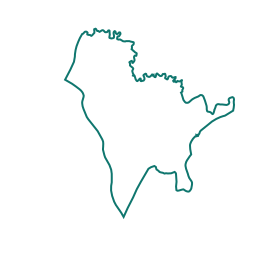 outline of Xebangfay, Khammouan, Laos, rotated 208°
{"feature_id": "54806243B47827681100424", "entity_name": "Xebangfay", "entity_type": "district", "adm_level": 2, "iso_a3": "LAO", "parent_name": "Laos", "parent_adm1": "Khammouan", "projection": "equal_earth", "projection_center": [105.132, 17.21], "detail": "fine", "context": "isolated", "style": "outline", "palette": "teal", "viewbox_px": 256, "rotation_deg": 208, "n_neighbors": 0, "source": "geoboundaries", "source_scale": "gbopen_adm2", "svg_char_len": 5914}
<svg xmlns="http://www.w3.org/2000/svg" viewBox="0 0 256 256"><g transform="rotate(208 128 128)"><path d="M212.6,189.4L212.7,184.8L212.4,180.7L211.8,176.0L210.9,172.3L209.5,168.3L208.4,166.0L206.8,161.1L206.3,152.6L206.2,141.1L198.2,140.8L193.5,140.2L189.2,139.5L187.1,139.0L184.8,138.0L183.5,137.0L182.3,135.8L181.8,134.5L180.9,130.2L180.3,128.7L179.2,127.1L178.2,125.8L176.1,123.8L169.6,118.4L167.2,117.1L153.3,111.0L145.3,105.8L143.6,104.3L142.4,102.4L141.7,100.9L141.1,99.7L140.5,98.3L139.9,97.1L136.1,92.9L134.4,91.3L127.0,86.6L123.3,83.3L120.9,80.0L118.9,76.3L116.8,72.3L115.7,69.0L113.6,64.9L110.1,60.6L107.4,58.1L105.7,56.5L102.5,54.3L94.2,50.0L90.1,47.4L90.7,57.0L90.9,69.1L91.5,78.0L91.4,86.5L90.8,101.6L89.3,104.2L86.9,106.8L85.2,106.7L83.4,104.8L81.0,104.5L79.5,104.0L77.8,104.3L76.3,104.8L74.4,104.9L73.2,105.9L71.4,106.6L68.6,108.3L66.2,111.1L64.9,110.7L64.3,110.3L63.7,109.4L59.9,103.3L58.1,98.9L56.1,95.9L55.0,95.8L53.9,96.5L51.1,99.2L50.3,99.8L49.6,99.8L47.9,99.6L46.9,99.6L45.8,99.8L44.8,100.2L44.2,100.8L43.9,101.7L43.7,103.1L43.7,104.2L44.6,107.1L45.1,108.5L45.8,109.8L46.8,110.7L50.4,112.6L52.3,114.2L53.6,115.6L57.6,119.3L59.5,121.6L60.2,123.1L60.7,125.4L60.7,127.3L60.2,132.0L59.8,134.3L63.1,138.5L64.7,141.1L65.2,142.0L65.5,142.9L65.7,144.3L65.8,145.8L65.6,148.6L65.3,150.1L64.7,152.1L64.4,152.4L64.0,152.5L63.8,152.9L64.0,153.1L64.2,153.5L63.8,153.4L63.6,153.5L63.6,154.3L63.3,154.3L63.1,153.7L62.7,153.6L62.4,153.9L62.4,154.3L62.6,154.5L62.7,154.8L62.8,155.4L62.4,156.1L62.4,156.6L62.7,158.1L62.7,158.9L62.5,159.9L56.9,173.1L54.3,177.5L51.6,181.0L49.7,183.0L48.3,184.3L47.8,185.0L43.3,192.7L43.6,193.5L44.1,195.3L45.3,198.3L45.9,199.1L47.0,200.9L47.6,202.5L47.9,203.1L48.5,203.8L49.0,204.2L49.5,204.3L50.2,204.3L50.8,203.8L52.0,202.5L52.5,201.6L52.6,200.8L52.3,200.0L52.0,199.6L51.1,198.8L50.7,198.3L50.5,197.9L50.4,197.2L50.5,196.2L51.4,195.0L51.9,194.6L52.3,194.4L55.9,193.0L57.8,192.0L59.0,191.7L60.0,191.1L60.3,190.7L60.6,190.3L60.9,189.1L60.6,187.8L60.3,185.7L60.3,184.7L60.2,184.3L60.0,184.1L59.8,182.8L59.6,182.1L59.5,180.8L59.6,180.3L59.9,180.0L60.2,180.0L61.3,180.3L62.0,180.6L63.0,180.6L65.5,179.9L66.0,180.1L66.3,180.3L67.2,181.4L68.3,183.4L69.1,184.5L73.0,188.4L75.9,190.9L76.4,191.3L77.0,191.5L77.8,191.7L78.4,191.6L79.5,191.1L79.9,190.5L80.7,188.9L83.2,185.9L84.7,183.5L86.3,179.3L86.7,178.8L87.0,178.4L87.8,177.9L88.6,177.6L88.9,177.5L89.9,177.7L90.8,178.1L92.2,178.8L92.6,179.2L97.0,183.6L97.8,184.1L97.1,185.7L97.4,186.3L97.9,187.0L97.9,188.8L98.0,189.1L98.1,189.3L98.8,189.7L100.4,189.4L100.8,189.6L100.8,189.9L100.8,191.2L100.9,191.6L101.3,192.2L102.4,193.7L102.6,194.3L102.7,195.4L102.8,195.5L103.2,195.3L103.4,194.9L103.9,193.7L104.1,193.5L105.1,193.0L106.4,192.7L106.5,191.8L106.8,191.3L106.9,191.1L107.1,191.0L107.3,191.1L108.0,191.5L108.3,191.6L108.5,191.5L109.1,190.4L109.5,190.4L110.1,190.7L110.3,191.0L109.5,193.6L109.4,194.1L109.7,195.0L109.9,195.3L110.2,195.2L111.1,194.2L112.0,193.5L112.3,193.4L112.9,193.4L113.1,193.5L113.9,194.0L114.4,194.0L114.9,193.8L115.8,193.1L116.1,192.7L116.2,192.3L116.2,191.6L115.9,190.2L116.0,189.6L116.3,189.3L116.8,189.3L117.4,189.4L118.2,189.3L118.5,189.4L118.8,189.8L119.0,191.4L120.4,193.1L120.6,193.2L120.9,193.2L121.0,193.1L121.7,192.4L122.4,192.2L122.6,191.8L122.7,190.0L123.0,189.6L123.5,189.2L124.2,189.0L125.2,189.2L126.5,189.4L127.5,189.8L128.0,189.7L128.3,189.1L128.2,188.4L127.6,186.3L127.7,185.8L128.1,185.6L128.5,185.5L129.0,185.7L129.8,186.3L130.3,186.9L130.7,185.9L130.9,185.8L131.1,185.9L131.4,186.5L131.7,186.6L131.8,186.6L132.4,184.3L132.7,183.7L133.1,183.2L133.4,183.0L134.1,182.8L135.4,182.7L135.8,182.8L136.3,183.1L137.3,184.2L137.5,184.2L137.9,184.2L138.2,183.9L138.8,182.9L139.0,182.3L139.1,181.8L138.9,181.5L137.3,180.2L136.6,179.3L136.5,179.0L136.3,178.5L136.4,177.8L136.5,177.2L138.3,175.6L138.6,175.5L138.8,175.5L139.0,175.6L139.4,176.8L139.8,177.3L140.2,177.5L140.6,177.3L140.9,176.8L141.0,175.7L141.7,173.9L142.1,173.7L142.7,173.8L144.1,174.6L146.5,177.0L146.9,177.3L147.3,177.4L147.9,176.6L148.2,176.6L148.2,176.8L148.3,177.7L148.3,177.9L149.3,178.5L150.9,180.2L151.1,180.7L151.1,182.3L151.3,182.9L152.1,183.4L154.8,183.9L155.4,184.1L155.7,184.3L156.1,185.2L156.4,185.7L157.6,186.7L157.6,187.0L157.2,187.6L156.7,188.5L156.2,189.0L155.7,188.7L154.7,187.6L154.3,187.8L154.0,189.0L153.9,189.8L154.0,190.8L154.4,191.5L155.7,193.0L156.1,193.8L156.1,194.0L156.1,194.5L156.0,195.0L155.6,195.3L154.8,195.5L154.6,195.7L154.6,195.9L155.2,197.7L155.6,198.1L157.6,198.2L158.6,198.6L159.4,198.6L160.4,199.0L161.8,199.2L161.9,199.5L161.9,200.1L162.0,200.5L162.8,201.6L163.0,202.1L163.0,202.8L162.5,203.9L162.4,204.6L162.6,205.3L163.1,206.2L163.3,206.3L163.6,206.3L166.1,205.6L167.7,205.3L170.6,203.7L170.9,203.3L171.3,203.0L173.1,202.3L176.3,202.5L176.8,202.3L177.9,201.6L179.1,201.4L179.4,201.6L179.8,202.2L180.0,203.2L180.1,203.9L179.7,204.3L179.2,204.6L179.0,204.9L178.9,205.3L178.8,207.4L179.0,207.8L179.2,208.1L179.7,208.5L180.0,208.6L180.3,208.5L180.8,208.1L181.2,206.6L181.6,206.0L182.1,205.7L182.5,205.7L183.4,206.1L184.3,207.2L184.6,207.3L185.3,207.2L185.5,206.8L185.6,206.3L185.6,205.9L185.4,205.2L184.9,204.4L183.6,202.8L183.1,201.7L182.9,201.2L183.0,200.8L183.5,200.2L184.4,199.5L184.8,199.2L186.1,199.0L186.5,198.9L186.8,199.0L187.2,199.7L187.9,201.9L188.8,203.2L189.9,205.1L190.3,205.3L190.6,205.2L191.1,204.9L191.2,204.6L191.3,204.0L191.3,203.3L191.6,202.8L192.8,202.0L193.4,201.9L195.1,202.5L195.7,202.6L196.4,202.4L197.0,201.8L198.1,199.8L198.4,199.5L199.8,199.7L200.5,199.3L200.9,199.3L201.4,199.5L202.5,200.3L203.1,200.4L203.3,200.4L204.0,199.6L204.2,199.3L203.8,198.5L203.0,197.5L202.5,196.4L202.4,196.2L203.2,192.9L203.6,192.2L203.9,192.1L204.9,192.3L205.4,192.2L206.8,191.6L207.8,191.5L208.1,191.8L208.2,192.3L208.4,193.1L208.7,193.3L209.3,193.5L210.0,193.5L210.8,193.1L211.3,192.6L211.5,191.8L211.9,190.3L212.2,189.8L212.6,189.4Z" fill="none" stroke="#0f766e" stroke-width="2"/></g></svg>